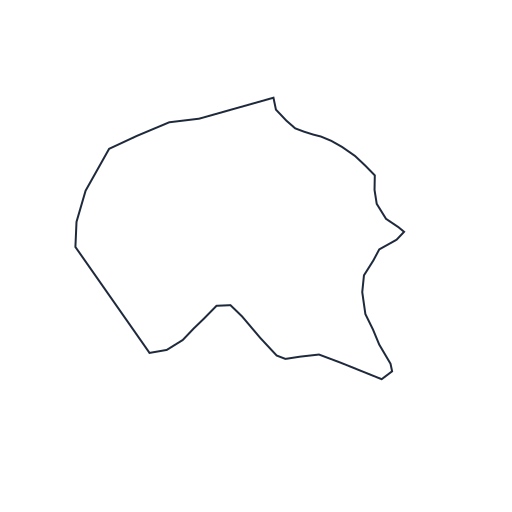 the district of Buk-gu, Ulsan, South Korea, rotated 323°
{"feature_id": "91817680B63178832268751", "entity_name": "Buk-gu", "entity_type": "district", "adm_level": 2, "iso_a3": "KOR", "parent_name": "South Korea", "parent_adm1": "Ulsan", "projection": "equal_earth", "projection_center": [129.393, 35.595], "detail": "fine", "context": "isolated", "style": "outline", "palette": "slate", "viewbox_px": 512, "rotation_deg": 323, "n_neighbors": 0, "source": "geoboundaries", "source_scale": "gbopen_adm2", "svg_char_len": 811}
<svg xmlns="http://www.w3.org/2000/svg" viewBox="0 0 512 512"><g transform="rotate(323 256 256)"><path d="M117.2,140.1L112.7,267.8L112.6,269.3L128.2,277.3L147.0,279.0L162.6,276.4L177.3,274.6L194.5,272.0L206.0,279.9L208.5,295.8L210.1,324.0L212.6,347.9L217.5,355.8L219.4,356.9L221.1,357.8L230.6,362.9L247.0,372.6L259.3,392.0L282.2,430.0L288.0,430.0L295.3,430.0L298.6,423.0L301.1,400.9L305.2,385.0L308.4,368.2L319.1,348.8L330.6,336.4L347.0,330.2L358.4,324.9L378.1,327.6L388.8,325.8L387.1,318.7L382.2,304.6L383.8,287.0L390.4,274.6L399.4,263.1L397.7,249.9L395.3,235.8L390.4,220.8L385.4,209.3L379.7,199.6L374.8,193.5L369.1,185.5L364.1,177.6L361.7,166.1L360.0,151.1L365.2,140.1L293.2,112.1L267.2,97.0L233.2,88.4L203.2,82.0L159.2,101.3L133.2,120.7L117.2,140.1Z" fill="none" stroke="#1e293b" stroke-width="2"/></g></svg>